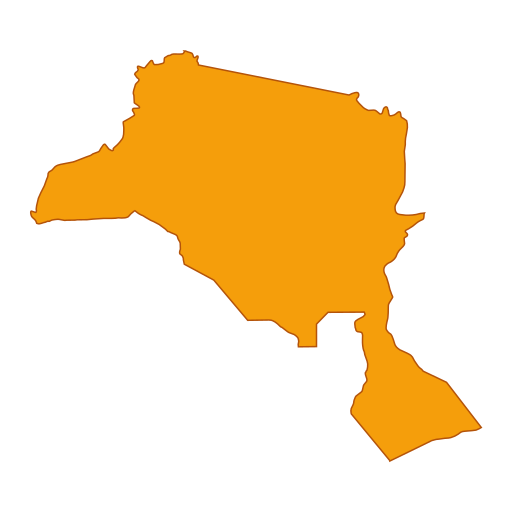 the district of Santa Maria, La Paz, Honduras
{"feature_id": "27666195B95776032700257", "entity_name": "Santa Maria", "entity_type": "district", "adm_level": 2, "iso_a3": "HND", "parent_name": "Honduras", "parent_adm1": "La Paz", "projection": "albers", "projection_center": [-87.93, 14.257], "detail": "fine", "context": "isolated", "style": "filled", "palette": "amber", "viewbox_px": 512, "rotation_deg": 0, "n_neighbors": 0, "source": "geoboundaries", "source_scale": "gbopen_adm2", "svg_char_len": 5975}
<svg xmlns="http://www.w3.org/2000/svg" viewBox="0 0 512 512"><path d="M36.7,223.3L38.3,223.8L39.5,223.8L41.5,223.3L43.6,222.6L45.4,222.2L47.5,221.3L49.4,221.3L51.1,220.4L52.2,220.0L54.5,219.6L57.2,219.3L58.7,219.3L64.7,220.4L66.9,220.2L75.0,220.1L77.2,219.8L87.0,219.7L92.8,219.1L103.7,218.4L111.4,218.4L115.6,218.2L118.3,217.8L121.6,218.0L125.1,217.8L126.8,217.4L128.3,216.7L130.9,213.8L134.0,211.2L134.9,210.7L138.4,213.4L139.8,214.2L141.1,214.9L143.0,215.7L145.7,217.4L150.7,220.3L153.7,221.6L159.2,224.5L165.4,229.1L167.8,231.5L169.1,231.7L170.8,232.6L174.9,234.3L176.6,235.3L177.3,236.3L178.0,238.7L178.7,240.1L179.7,241.7L180.2,243.1L180.4,249.1L179.7,251.4L179.6,252.6L179.7,253.5L179.9,253.9L182.2,255.7L183.1,257.6L183.3,258.4L183.4,260.0L184.3,264.2L213.8,280.1L247.7,320.3L268.9,320.0L271.2,320.2L272.9,320.8L275.1,322.0L276.3,322.9L277.6,323.9L280.3,326.5L281.0,327.0L282.0,327.4L287.7,331.8L289.1,332.6L294.1,334.5L295.6,335.5L297.0,336.8L297.7,337.6L298.1,338.3L298.6,340.4L298.7,341.6L298.2,344.4L298.4,346.8L316.5,346.6L316.5,324.1L328.0,312.3L364.2,312.1L364.8,313.4L365.0,314.6L363.6,316.2L362.9,316.8L357.9,319.4L355.9,320.8L355.3,321.5L355.0,322.1L354.8,322.9L354.8,323.9L355.2,327.6L355.7,328.8L355.9,329.9L356.2,330.6L356.9,331.3L357.7,331.7L360.0,332.0L361.4,332.4L362.1,333.2L362.5,334.7L362.6,335.4L362.5,339.4L362.5,342.9L362.7,345.5L363.1,348.2L363.6,350.2L364.3,351.7L364.8,354.6L367.1,361.1L367.7,363.9L367.6,367.0L367.2,369.2L366.9,370.3L366.1,371.2L366.0,371.9L365.4,372.6L365.3,373.2L365.5,374.8L366.7,378.5L366.9,379.5L366.9,380.4L366.6,381.4L364.0,384.6L363.5,385.5L362.5,389.8L362.0,391.3L361.3,392.0L356.1,396.0L355.3,397.2L354.2,400.0L353.9,401.2L353.7,402.8L353.4,404.0L352.4,406.2L351.3,408.4L350.9,410.7L351.1,412.9L351.3,413.9L389.9,460.7L389.9,461.0L431.7,440.6L436.1,439.4L439.0,439.1L444.7,438.3L448.7,438.0L450.8,437.6L454.8,436.1L458.1,434.2L460.8,432.2L462.7,431.5L465.1,431.2L472.1,430.6L476.0,430.1L479.0,428.8L481.3,427.5L446.5,382.3L423.2,371.2L421.7,369.4L419.3,367.5L417.9,365.9L414.4,360.8L412.5,357.2L411.0,355.5L409.8,354.6L407.2,353.2L399.8,349.8L397.9,348.4L396.6,347.2L395.7,346.0L394.9,344.6L393.2,339.2L392.0,336.1L391.3,334.9L390.7,334.1L389.2,333.1L388.2,332.2L386.9,330.5L386.2,329.2L386.1,327.6L386.3,325.1L386.8,322.4L387.7,318.6L387.9,317.2L388.2,312.8L388.3,306.6L388.4,305.0L388.7,304.0L389.3,302.8L392.2,298.1L392.7,297.1L392.6,296.6L391.7,294.6L389.9,289.6L388.6,284.3L386.7,278.0L386.1,276.5L384.8,274.2L384.2,272.6L383.9,271.2L383.8,269.9L383.9,268.8L384.2,267.6L385.0,266.0L386.8,264.2L388.3,263.1L390.6,262.0L391.8,261.2L393.3,260.0L394.6,258.7L395.9,256.8L397.3,253.4L398.8,251.0L399.8,249.7L403.0,246.5L404.0,245.2L404.4,244.3L404.6,243.5L404.2,240.0L404.2,238.1L404.8,237.5L406.8,236.3L407.3,235.6L407.5,235.0L407.5,234.4L407.2,233.8L406.7,233.2L405.7,232.2L405.4,231.7L405.3,231.1L405.5,230.7L406.1,230.1L408.4,228.9L412.9,226.0L416.7,222.9L418.5,221.6L420.3,220.6L422.8,219.4L423.4,218.8L423.7,218.1L423.9,216.9L424.1,213.8L424.5,213.0L420.2,213.5L416.2,214.5L412.5,215.0L409.1,215.2L405.7,215.2L399.8,214.5L398.0,214.0L396.5,213.0L395.5,211.3L395.1,209.2L395.0,206.8L395.6,204.6L398.6,199.4L402.6,191.9L404.0,187.9L404.7,185.0L404.9,181.5L405.1,163.7L404.7,158.5L404.3,151.3L405.3,144.7L405.3,141.2L405.6,137.9L406.4,133.9L407.4,127.5L407.3,123.9L406.6,120.7L403.6,118.5L402.1,117.7L401.4,117.1L401.0,116.4L400.7,114.1L400.3,112.6L400.1,112.2L399.6,111.9L398.9,111.8L398.1,112.1L397.1,112.8L395.6,114.1L393.8,115.1L391.6,115.7L390.2,115.8L389.6,115.6L389.2,115.1L388.6,113.0L388.3,110.5L387.7,109.4L387.4,107.8L386.9,107.2L386.4,106.9L385.8,106.9L385.2,107.1L384.5,107.6L383.8,108.3L383.5,108.9L382.2,113.1L381.5,113.7L380.7,114.0L380.1,114.0L379.7,113.8L376.3,111.0L375.1,110.3L373.6,110.1L368.8,110.4L368.1,110.3L367.0,109.8L364.7,108.6L363.1,107.4L359.0,103.3L356.9,100.7L356.5,99.9L356.7,99.0L357.1,98.1L357.9,97.4L358.3,96.8L358.6,95.9L358.8,95.0L358.7,94.2L358.4,93.3L357.9,92.8L357.1,92.5L356.1,92.5L354.9,92.7L351.9,93.6L349.1,95.0L348.4,94.9L198.5,65.0L198.1,63.0L197.0,61.2L197.1,60.2L197.8,58.3L198.1,57.1L198.0,56.5L197.8,56.1L197.4,56.0L197.0,56.0L195.4,57.4L194.8,57.6L194.1,57.5L193.5,56.9L192.7,54.5L192.3,53.8L191.9,53.3L190.8,52.8L187.2,51.7L185.6,51.0L184.1,51.0L184.5,51.5L184.3,52.1L183.2,53.5L182.4,53.9L179.7,54.1L173.8,54.0L171.9,54.3L170.2,55.3L168.2,55.6L164.7,57.7L164.5,58.1L164.3,58.8L164.2,60.8L164.0,62.2L163.5,62.9L162.6,63.4L158.3,64.5L155.7,64.6L154.4,64.6L153.9,64.2L153.0,62.5L152.4,60.8L152.0,60.6L151.6,60.5L150.9,60.7L149.9,61.7L146.5,65.7L145.3,67.3L144.7,67.8L144.0,67.9L143.0,67.8L138.9,66.3L138.0,66.2L137.6,66.5L137.5,66.9L137.5,67.6L137.7,68.4L138.2,69.2L138.1,70.0L137.3,71.3L135.5,72.7L135.0,73.5L134.7,74.2L135.4,75.4L137.0,77.6L138.6,78.9L138.9,79.5L139.0,80.1L138.7,80.7L138.3,81.4L136.3,83.4L135.5,84.4L133.8,90.0L133.4,91.9L133.3,93.2L133.4,93.9L133.9,95.4L134.3,102.8L135.4,103.7L137.5,105.1L138.7,106.0L139.4,106.8L139.5,107.2L139.5,107.5L139.2,107.9L138.2,108.2L133.7,108.4L133.1,108.6L132.6,109.3L132.5,110.3L132.8,111.0L133.7,112.4L134.2,113.6L134.5,114.6L134.3,115.4L129.5,118.4L123.9,121.5L123.3,121.9L123.2,122.9L123.8,127.5L123.8,130.3L123.6,134.4L123.0,137.2L122.5,138.4L121.6,139.7L119.6,142.3L117.4,144.7L114.6,147.2L113.5,148.3L113.2,148.9L113.4,149.9L113.1,150.3L112.4,150.7L111.7,150.6L110.6,150.1L108.8,149.0L105.3,144.5L104.8,144.2L104.3,144.3L103.7,144.6L103.2,145.1L100.8,148.5L99.6,150.7L99.0,151.4L98.2,151.9L92.9,153.9L91.0,155.2L90.1,155.6L86.2,157.0L74.6,161.5L72.5,162.1L60.6,164.4L57.8,165.2L56.3,165.9L54.9,166.9L52.1,170.0L50.8,170.9L49.4,171.7L48.7,172.4L48.1,173.6L48.0,175.2L47.6,177.1L46.8,178.9L44.3,185.9L40.8,192.8L38.4,198.2L36.6,205.8L36.2,209.2L36.4,210.1L36.4,211.1L36.1,212.1L35.8,212.4L35.4,212.4L32.6,211.5L31.6,211.1L31.0,211.3L30.8,211.8L30.7,212.9L30.9,214.1L31.1,215.0L31.5,216.1L32.4,217.4L34.7,219.5L35.6,220.6L36.2,221.8L36.7,223.3Z" fill="#f59e0b" stroke="#b45309" stroke-width="1.5"/></svg>